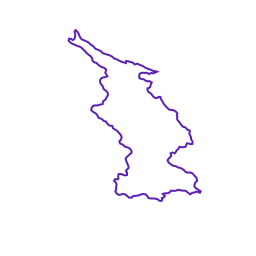 São Pedro do Suaçuí, Minas Gerais, Brazil, rotated 118°
{"feature_id": "56859067B41560098382432", "entity_name": "São Pedro do Suaçuí", "entity_type": "district", "adm_level": 2, "iso_a3": "BRA", "parent_name": "Brazil", "parent_adm1": "Minas Gerais", "projection": "equal_earth", "projection_center": [-42.603, -18.366], "detail": "fine", "context": "isolated", "style": "outline", "palette": "violet", "viewbox_px": 256, "rotation_deg": 118, "n_neighbors": 0, "source": "geoboundaries", "source_scale": "gbopen_adm2", "svg_char_len": 3468}
<svg xmlns="http://www.w3.org/2000/svg" viewBox="0 0 256 256"><g transform="rotate(118 128 128)"><path d="M112.1,161.2L114.1,161.4L115.7,162.4L117.5,162.1L118.9,161.6L120.0,163.1L121.4,164.5L122.8,166.2L124.1,168.7L126.0,169.5L127.8,169.4L129.5,168.9L130.2,166.2L130.2,163.9L130.8,161.6L132.0,160.1L132.8,158.4L132.3,155.4L133.1,153.0L132.7,150.5L134.0,148.0L134.5,145.6L133.6,142.8L135.2,141.2L135.4,139.0L135.7,135.8L136.9,132.8L137.7,130.7L139.4,129.1L141.8,128.8L143.8,129.4L145.4,127.7L145.2,124.8L145.9,121.5L145.2,118.8L145.5,116.2L146.6,114.0L148.5,113.2L149.8,114.0L152.0,114.6L154.3,115.5L156.3,115.7L157.8,114.2L159.7,112.0L161.2,110.0L162.8,108.7L165.0,109.3L166.7,109.8L167.8,108.0L170.0,106.8L171.1,108.1L171.7,110.0L171.7,112.2L173.1,114.6L175.5,114.0L177.2,112.6L178.5,113.4L179.0,115.2L181.1,115.6L181.8,113.2L183.4,111.5L186.0,110.6L187.9,109.5L189.7,109.6L191.2,107.3L191.3,104.4L189.9,102.8L188.6,101.6L187.9,99.2L188.5,96.6L189.0,94.3L187.5,91.9L185.6,91.4L184.3,89.4L182.8,87.2L181.2,86.0L179.4,84.0L178.3,81.2L179.0,79.0L180.3,77.2L179.6,75.0L178.7,73.1L177.6,71.1L177.0,68.4L177.5,66.4L176.9,64.4L175.2,64.0L174.0,65.2L172.4,63.8L170.6,63.6L169.9,66.3L168.3,64.7L166.9,62.2L165.1,60.9L163.4,60.8L162.2,58.5L161.0,56.4L159.0,54.7L158.3,52.2L157.5,50.0L156.4,47.8L156.8,45.2L157.4,42.0L155.0,40.9L153.9,39.0L152.2,38.1L151.7,36.2L151.4,34.1L149.8,34.1L149.4,38.4L148.9,41.5L147.3,42.6L145.5,42.9L143.8,42.9L142.3,42.2L140.6,43.3L139.5,44.9L138.9,47.1L137.8,49.5L138.0,52.0L139.4,54.3L139.7,56.5L139.1,58.5L138.6,60.7L138.7,62.8L139.3,65.0L139.3,68.0L140.2,70.8L139.9,73.4L139.4,76.0L138.0,77.9L136.4,77.8L134.7,77.4L133.0,76.7L131.6,77.3L130.5,78.5L128.8,77.3L128.3,74.8L126.4,74.5L124.8,74.6L122.9,73.7L120.5,73.8L119.7,71.6L118.7,69.5L117.4,68.4L115.7,68.6L114.0,68.9L113.1,66.9L112.9,65.0L111.7,63.6L109.5,64.9L108.2,67.2L106.6,68.0L105.4,69.6L104.2,71.2L102.7,71.6L101.3,72.2L101.7,74.4L100.9,76.3L100.6,78.2L101.1,80.2L100.3,82.4L98.9,84.9L97.9,87.8L96.8,89.1L95.4,89.4L93.7,91.0L91.9,91.2L91.1,93.4L90.9,95.8L91.6,98.0L92.4,100.2L91.8,102.6L91.0,105.0L90.1,107.4L89.1,109.0L87.9,110.8L86.7,113.0L85.3,113.9L86.3,115.7L88.1,116.5L88.8,118.6L88.1,121.2L86.9,123.6L86.5,126.9L85.3,128.8L83.8,129.4L82.6,128.1L81.2,127.7L79.7,128.1L78.2,128.4L76.6,128.4L76.5,131.0L77.7,132.7L77.9,134.8L77.6,136.6L78.1,138.7L78.8,141.0L77.1,142.5L74.6,143.2L72.6,141.6L71.6,139.2L70.4,137.4L70.4,134.6L68.5,133.4L67.8,131.3L66.5,130.2L64.7,128.8L65.0,130.7L65.8,132.4L65.9,134.7L66.1,136.6L66.5,138.8L66.6,141.8L66.3,144.4L66.8,147.0L66.8,149.8L68.7,152.0L68.0,154.8L68.8,157.5L69.0,159.5L69.8,161.1L71.7,160.4L72.2,163.3L72.6,165.2L72.7,167.8L72.7,170.7L73.1,172.8L72.4,175.5L72.5,179.1L73.3,182.3L73.8,185.6L72.9,187.7L73.1,191.4L73.3,194.1L72.4,196.2L71.8,198.4L71.9,200.4L71.1,202.4L71.0,205.3L71.2,208.0L71.5,209.9L71.0,211.8L69.8,213.7L68.6,215.2L67.5,216.4L66.7,218.1L66.2,220.3L68.2,220.4L69.5,218.8L71.7,217.8L74.4,217.1L76.3,218.0L76.1,220.2L76.7,221.9L78.6,221.6L79.6,219.2L79.8,216.2L79.4,214.0L79.4,211.4L78.9,209.3L78.9,206.8L79.5,205.1L80.3,202.2L81.3,199.5L81.8,197.2L82.2,194.4L83.3,192.3L85.1,191.1L85.8,188.7L85.3,186.3L86.0,184.6L86.3,182.5L86.6,180.1L86.0,177.3L86.8,174.7L88.5,174.2L89.9,174.0L91.0,172.1L92.0,170.5L93.9,172.1L95.3,174.0L96.6,174.9L98.2,175.1L99.9,174.7L101.5,173.3L102.5,171.0L103.5,169.2L105.1,167.8L105.5,164.5L106.5,162.4L108.0,161.3L110.3,161.2L112.1,161.2Z" fill="none" stroke="#5b21b6" stroke-width="2"/></g></svg>